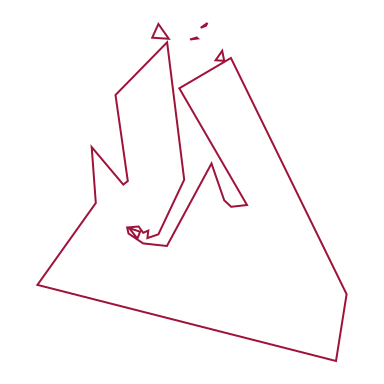 Yamal-Nenets, Albers equal-area conic projection
{"feature_id": "RUS-2382", "entity_name": "Yamal-Nenets", "entity_type": "Autonomous Province", "adm_level": 1, "iso_a3": "RUS", "parent_name": "Russia", "parent_adm1": "", "projection": "albers", "projection_center": [74.427, 67.879], "detail": "coarse", "context": "isolated", "style": "outline", "palette": "rose", "viewbox_px": 384, "rotation_deg": 0, "n_neighbors": 0, "source": "natural_earth", "source_scale": "10m", "svg_char_len": 660}
<svg xmlns="http://www.w3.org/2000/svg" viewBox="0 0 384 384"><path d="M91.7,147.1L123.3,184.6L127.8,181.0L115.5,95.0L167.1,42.3L184.2,179.7L158.4,234.3L147.4,238.1L148.3,230.6L143.2,232.8L138.6,226.5L127.2,227.5L128.5,233.5L143.1,243.4L166.9,246.0L211.5,163.5L224.2,200.3L231.2,206.8L247.0,205.0L179.3,88.3L230.9,58.0L346.6,294.2L336.0,361.0L37.4,284.9L95.8,203.0L91.7,147.1ZM158.4,24.0L168.8,38.8L152.2,37.7L158.4,24.0ZM222.2,50.8L224.2,60.8L215.6,60.3L222.2,50.8ZM140.1,231.7L137.4,238.6L129.2,228.1L140.1,231.7ZM190.0,39.5L196.7,37.5L197.8,38.5L190.0,39.5ZM207.4,23.0L205.9,25.8L200.7,27.8L207.4,23.0Z" fill="none" stroke="#9f1239" stroke-width="2"/></svg>